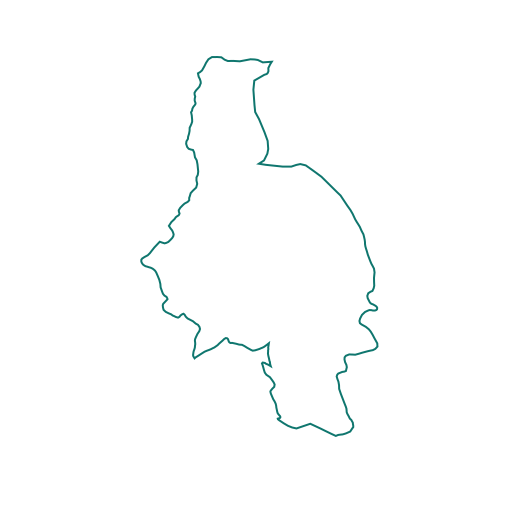 outline of Coatepec, Puebla, Mexico, rotated 155°
{"feature_id": "50627088B61937823223292", "entity_name": "Coatepec", "entity_type": "district", "adm_level": 2, "iso_a3": "MEX", "parent_name": "Mexico", "parent_adm1": "Puebla", "projection": "mercator", "projection_center": [-97.728, 20.055], "detail": "fine", "context": "isolated", "style": "outline", "palette": "teal", "viewbox_px": 512, "rotation_deg": 155, "n_neighbors": 0, "source": "geoboundaries", "source_scale": "gbopen_adm2", "svg_char_len": 5231}
<svg xmlns="http://www.w3.org/2000/svg" viewBox="0 0 512 512"><g transform="rotate(155 256 256)"><path d="M151.4,222.4L150.6,224.9L149.9,228.1L149.5,230.2L149.7,234.5L149.6,238.5L149.9,241.3L150.3,244.2L150.6,247.2L150.6,253.4L151.0,257.8L152.0,263.2L153.8,275.1L155.4,279.2L163.2,300.2L167.9,308.8L172.6,317.1L177.0,320.6L181.0,321.5L186.2,322.1L193.8,325.6L208.6,334.5L214.4,338.4L208.4,339.2L202.5,343.9L199.7,347.8L196.8,355.4L196.0,364.5L195.4,378.8L195.9,386.8L193.6,393.4L188.1,407.8L183.4,415.7L178.6,416.1L171.9,416.7L169.4,416.4L167.9,417.0L166.6,418.3L166.0,419.7L165.4,421.1L164.3,422.0L162.1,423.8L159.6,425.4L168.0,428.6L171.5,432.9L174.0,434.6L177.8,436.6L188.4,439.3L194.3,442.5L199.1,444.6L201.5,447.2L203.4,450.7L207.0,452.7L211.9,454.9L216.0,454.4L219.6,452.2L222.7,449.7L226.5,447.0L229.0,446.3L231.4,446.1L232.2,442.7L232.1,440.2L232.4,437.7L233.0,436.0L234.6,434.5L235.7,433.4L238.2,432.3L240.0,431.6L241.6,430.7L242.8,429.8L243.5,428.0L243.7,426.2L245.1,424.4L245.9,422.7L246.1,421.1L246.2,420.1L246.6,419.4L247.6,418.7L249.7,417.7L251.4,416.4L252.6,414.7L254.1,413.7L254.8,410.6L255.6,408.4L256.2,406.7L257.1,404.7L258.6,403.1L260.3,401.6L261.9,400.3L263.3,397.5L265.1,395.0L267.2,392.7L268.2,390.9L270.6,389.3L271.9,387.2L272.3,383.9L271.7,381.6L269.9,379.9L268.3,378.7L268.3,376.0L269.6,371.2L269.3,367.8L270.3,363.8L272.7,356.9L274.5,354.1L276.7,352.4L278.0,349.7L278.8,346.2L281.3,343.3L285.5,341.9L288.6,340.6L290.8,338.1L292.0,336.9L293.0,334.7L295.1,333.9L298.6,333.7L300.9,333.0L304.3,331.7L306.7,330.1L307.2,328.6L307.3,326.9L308.3,325.9L309.3,325.5L310.6,325.4L312.4,325.0L314.0,324.0L318.4,322.5L322.2,320.1L321.8,317.2L321.2,314.6L321.2,312.6L321.5,310.4L322.7,308.8L324.4,307.7L326.6,306.8L329.5,305.8L331.7,305.8L333.5,306.1L335.6,308.0L337.2,309.6L344.5,306.7L348.1,304.9L351.0,303.4L353.8,302.4L357.6,302.2L359.4,301.9L359.9,301.9L361.4,301.2L362.2,299.7L362.4,298.3L362.1,296.2L361.2,294.5L360.4,293.4L359.2,292.4L357.6,290.9L356.4,289.9L355.1,288.3L354.4,287.0L353.7,285.4L353.4,283.3L353.5,279.2L353.7,275.2L353.9,274.2L354.5,271.1L355.7,267.9L356.1,263.9L356.3,261.1L355.7,258.8L354.4,256.8L354.3,255.0L354.5,254.2L358.0,252.8L360.3,251.9L361.3,250.8L362.0,248.9L362.4,246.9L362.5,246.2L361.4,243.5L359.4,241.0L357.5,238.9L356.7,237.3L355.4,235.9L354.5,234.7L352.7,233.1L351.1,233.2L349.6,234.0L347.4,234.4L346.1,234.3L345.5,232.9L345.3,230.7L344.4,228.3L342.7,226.1L340.7,223.5L339.2,220.2L337.7,218.2L337.2,215.7L337.6,213.5L339.2,211.8L341.9,210.2L344.8,207.8L346.4,206.3L347.2,205.0L347.6,203.6L348.3,201.8L349.1,200.6L350.1,198.9L351.1,197.7L352.3,196.5L353.0,195.7L353.7,194.7L354.9,192.8L355.2,191.6L355.0,190.1L354.9,189.2L353.7,189.6L350.4,190.0L346.9,190.5L343.0,191.0L340.3,190.9L338.2,190.7L336.0,190.6L334.4,190.7L332.4,190.7L328.5,191.4L326.4,192.2L324.0,192.9L322.2,193.4L320.0,194.2L318.1,194.4L317.0,193.7L316.5,192.5L316.7,191.0L316.8,189.7L316.4,188.6L315.8,187.9L314.1,187.2L313.5,186.7L311.0,184.8L308.8,182.9L306.2,181.4L304.5,179.2L302.7,176.4L301.3,174.5L300.3,173.1L299.0,171.6L296.7,170.9L293.8,170.5L292.0,170.3L290.6,170.3L289.3,170.2L287.6,170.2L286.3,170.4L283.3,171.0L281.2,171.5L282.4,169.7L283.7,167.8L284.1,166.5L284.9,165.4L285.6,163.9L286.2,162.9L286.4,162.5L287.0,160.3L287.6,157.3L288.1,155.4L288.2,154.0L288.7,152.6L289.1,150.9L289.2,149.9L291.0,152.5L292.6,154.2L292.9,155.0L293.9,155.9L295.0,156.6L296.0,156.1L296.1,154.5L296.5,151.9L297.0,149.0L297.3,146.6L296.8,144.0L294.6,140.3L293.8,136.4L293.4,133.9L293.4,131.7L294.8,129.7L297.1,128.9L299.6,127.7L300.3,127.0L300.7,125.0L300.8,122.1L300.9,118.9L300.6,116.2L300.6,113.8L301.0,111.8L301.6,110.1L302.1,107.9L302.6,105.8L302.8,104.1L302.5,102.9L302.2,101.7L301.9,100.8L301.9,100.0L302.2,99.4L302.8,99.1L303.6,99.1L304.2,99.3L305.0,99.4L305.1,98.8L304.5,97.5L301.6,92.7L298.8,88.6L295.7,85.3L292.2,82.6L277.7,81.0L270.4,72.3L266.8,67.8L262.9,63.0L259.7,59.2L257.2,59.1L255.2,58.5L252.9,57.7L251.0,57.4L249.4,57.2L244.8,57.1L241.2,59.3L240.3,59.7L239.8,60.6L239.4,61.7L239.2,62.6L238.7,64.0L238.8,65.3L238.9,66.4L238.9,67.2L239.6,68.8L239.7,69.9L239.7,71.5L239.8,72.8L239.9,74.0L239.9,75.0L239.8,76.1L239.5,76.9L239.3,77.5L239.0,78.0L238.8,78.9L238.6,79.2L238.3,81.3L238.1,84.8L237.7,90.5L237.4,94.9L236.8,100.4L235.3,103.9L234.4,107.3L234.2,110.1L233.8,112.7L232.5,114.1L231.1,114.7L228.9,114.6L226.9,114.5L224.8,113.9L223.1,113.8L221.6,115.7L220.7,116.8L220.1,119.1L220.1,122.2L219.5,124.9L218.5,126.7L216.7,127.6L213.1,127.4L210.2,125.9L207.8,124.6L204.4,124.0L200.8,123.5L195.1,122.5L192.3,121.9L189.9,121.3L187.1,121.4L184.2,122.6L183.0,125.6L183.4,131.2L183.6,135.4L184.0,139.1L184.7,141.9L186.4,145.4L189.3,149.4L190.2,151.2L189.7,153.4L188.1,155.3L186.3,156.7L184.9,157.8L182.9,158.5L180.8,159.2L177.8,159.2L176.2,159.1L174.5,158.3L173.0,157.1L171.3,156.3L169.8,156.2L168.9,156.5L168.1,157.7L168.1,158.9L168.7,160.3L170.4,162.7L171.7,164.0L172.4,165.6L172.5,167.5L172.6,170.5L172.0,172.8L170.0,174.8L167.3,175.2L165.3,175.1L163.0,177.0L161.4,179.1L159.9,182.7L158.3,186.3L156.7,189.0L155.5,191.0L154.4,194.7L154.5,197.5L154.7,200.2L154.6,203.0L154.3,207.2L154.1,209.9L153.5,213.6L153.2,216.1L152.8,218.5L152.1,220.9L151.4,222.4Z" fill="none" stroke="#0f766e" stroke-width="2"/></g></svg>